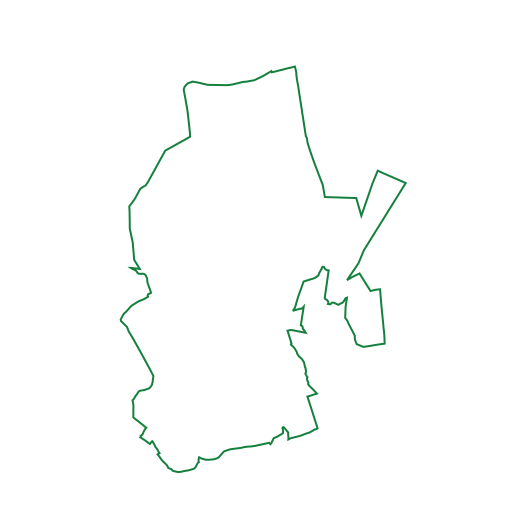 the district of Huixtán, Chiapas, Mexico, rotated 253°
{"feature_id": "50627088B13883895679368", "entity_name": "Huixtán", "entity_type": "district", "adm_level": 2, "iso_a3": "MEX", "parent_name": "Mexico", "parent_adm1": "Chiapas", "projection": "robinson", "projection_center": [-92.432, 16.683], "detail": "fine", "context": "isolated", "style": "outline", "palette": "green", "viewbox_px": 512, "rotation_deg": 253, "n_neighbors": 0, "source": "geoboundaries", "source_scale": "gbopen_adm2", "svg_char_len": 5979}
<svg xmlns="http://www.w3.org/2000/svg" viewBox="0 0 512 512"><g transform="rotate(253 256 256)"><path d="M233.0,107.9L232.3,108.4L225.8,111.9L221.2,112.2L211.5,114.6L197.5,117.6L178.4,121.5L171.2,122.8L166.6,120.6L165.6,120.4L165.4,120.2L164.6,119.5L163.4,118.9L163.1,118.6L162.8,118.3L162.2,117.6L161.4,116.5L160.9,115.5L160.7,114.6L160.6,113.8L160.5,109.7L160.9,107.0L160.9,106.8L160.9,106.3L161.0,105.2L161.0,104.8L160.6,104.1L159.6,102.8L159.1,102.4L158.7,101.9L158.4,101.3L157.9,100.9L157.7,100.3L157.2,99.7L156.6,99.2L156.4,98.7L155.7,98.2L154.2,96.1L154.1,95.7L149.8,95.3L137.5,91.5L123.8,100.9L122.8,99.2L120.7,97.1L118.5,95.3L118.3,94.4L117.9,94.0L117.6,93.0L116.3,92.8L116.2,92.5L112.4,95.8L107.8,99.1L107.3,99.6L108.5,101.2L109.1,102.3L109.2,102.7L107.9,103.0L106.4,103.4L104.8,103.8L103.1,103.9L100.8,104.8L99.2,105.3L98.2,105.4L97.6,105.5L95.7,106.1L95.1,103.9L93.3,104.6L90.4,105.6L89.7,105.8L89.0,106.1L88.2,106.3L87.7,106.6L86.3,107.2L85.7,107.7L85.1,107.9L84.6,108.2L84.1,108.5L83.0,109.1L82.4,109.3L81.8,109.7L81.5,109.7L80.8,109.9L79.1,110.1L76.6,112.9L75.0,113.5L73.3,116.2L72.1,118.6L71.5,121.4L71.3,125.2L70.8,128.1L70.7,131.5L70.7,134.2L71.1,135.5L72.7,137.5L73.5,138.2L74.0,138.6L74.8,139.6L75.4,140.2L75.6,141.1L76.5,141.1L78.2,141.6L80.2,142.7L80.1,142.9L78.3,144.6L75.9,148.3L75.0,151.0L73.9,156.2L74.0,160.1L74.5,161.7L78.4,168.1L78.5,168.8L78.7,174.8L76.8,186.1L76.8,187.7L76.7,189.0L76.2,191.8L75.9,193.2L75.5,194.7L75.2,196.1L75.0,197.6L74.7,199.2L73.5,214.0L71.8,214.7L72.3,215.6L72.7,216.2L73.1,216.5L73.5,216.7L73.8,217.1L74.0,217.3L74.5,217.7L74.9,218.1L75.5,218.7L75.7,218.8L76.6,219.7L77.1,224.1L78.0,227.1L78.0,228.1L78.3,228.9L78.7,229.9L79.0,230.0L79.7,230.3L79.9,230.5L80.2,230.6L80.8,230.7L81.0,230.8L82.6,231.0L82.9,230.9L83.7,231.0L84.1,231.2L84.3,231.6L84.4,231.9L84.2,232.2L83.8,232.7L77.8,235.2L77.6,235.0L72.4,233.8L71.1,233.3L71.6,236.0L71.2,243.4L71.1,247.4L71.3,248.6L71.5,251.6L71.5,255.3L71.9,257.0L72.3,259.1L73.0,261.1L72.8,262.2L72.8,262.4L73.2,264.5L106.5,264.1L106.6,274.0L111.4,271.7L112.4,271.3L113.5,270.5L115.2,269.6L116.5,268.9L118.4,268.3L119.3,269.0L120.3,268.9L120.5,268.9L120.8,268.7L122.0,268.8L122.7,268.7L123.5,268.8L124.2,269.1L125.0,269.8L125.7,269.5L127.8,269.1L128.6,268.9L129.0,268.8L129.4,269.0L129.7,269.3L131.0,270.2L133.4,270.4L134.1,270.6L134.3,270.5L134.8,270.6L135.4,270.4L140.2,270.8L143.8,269.9L147.3,267.8L150.5,266.8L151.8,267.0L156.3,266.0L159.3,264.6L159.4,264.4L160.1,263.9L161.2,263.5L161.8,264.4L163.0,264.1L163.9,264.4L175.3,264.3L175.2,266.8L174.8,268.4L168.1,281.0L168.4,280.9L168.7,280.9L169.0,280.7L169.3,280.8L169.7,280.7L170.2,280.6L170.5,280.4L170.9,280.3L171.2,280.1L171.7,280.1L172.2,279.7L172.5,279.6L173.1,279.6L173.3,279.5L173.6,279.6L174.1,279.8L174.6,279.8L175.0,279.8L175.6,279.6L176.6,278.6L193.6,286.8L193.0,285.8L192.6,285.3L192.4,284.1L192.4,283.6L192.7,282.7L192.8,277.0L192.8,276.7L192.7,276.3L192.8,275.9L193.5,275.9L193.9,276.8L195.5,278.4L201.9,282.5L205.1,284.7L217.7,294.1L217.7,306.0L218.1,306.5L218.4,307.6L218.7,308.7L218.8,309.3L219.5,310.2L220.2,310.8L221.1,311.3L221.5,311.7L221.9,312.2L222.1,312.5L222.8,313.2L223.4,313.6L223.6,313.8L223.8,314.1L223.9,314.3L224.1,314.7L224.5,315.1L224.9,315.1L225.2,315.3L225.5,315.6L226.1,316.4L226.2,316.6L225.7,317.6L225.4,318.0L224.8,318.1L224.4,318.0L224.0,318.0L223.5,318.3L223.2,318.5L222.7,318.9L222.2,319.3L221.9,319.4L221.7,319.7L221.0,321.3L196.1,309.6L195.9,309.5L195.6,309.4L195.3,309.4L194.7,309.6L193.5,310.7L192.9,311.2L191.1,311.7L189.9,311.5L189.1,310.8L188.7,311.5L188.1,312.8L188.4,313.8L188.9,314.6L189.1,315.2L189.0,315.7L188.7,316.5L188.4,317.0L186.6,318.9L185.3,320.4L185.4,321.1L185.4,321.6L185.8,322.7L185.9,323.5L185.8,323.8L186.3,325.7L186.4,326.0L186.6,326.2L187.0,326.7L188.0,327.7L188.7,328.5L189.3,329.0L189.5,330.8L181.4,326.9L177.7,325.6L170.8,323.2L167.5,324.4L165.1,324.6L162.8,325.0L150.8,327.2L147.8,326.2L145.7,326.2L142.3,326.5L137.7,332.1L136.5,339.9L136.1,343.7L135.3,348.8L134.7,352.5L134.6,353.4L138.0,354.3L139.2,354.7L139.9,354.8L140.6,355.0L143.0,355.6L146.8,356.4L150.7,357.1L152.9,357.6L173.3,361.7L187.9,364.9L188.7,360.7L189.0,355.3L209.0,349.9L207.7,341.6L206.3,336.0L219.0,351.8L230.0,360.9L282.0,420.5L298.2,401.6L302.0,397.4L291.9,389.1L291.3,388.6L263.6,368.5L282.1,368.8L286.9,354.7L287.8,352.2L291.7,340.6L292.3,339.1L304.3,340.6L327.6,339.0L337.8,338.6L344.4,338.4L348.8,338.4L353.9,339.1L354.4,339.1L354.9,339.0L355.1,338.9L355.5,338.9L356.0,338.7L407.0,346.1L412.4,346.7L418.2,347.7L419.5,348.2L425.8,348.6L426.3,339.1L427.0,324.9L428.3,324.8L425.9,314.5L424.6,305.8L425.2,300.7L425.4,298.7L425.5,297.9L425.7,297.1L426.2,294.7L426.3,293.8L426.4,292.3L426.5,290.2L426.9,283.9L427.2,281.6L427.6,279.3L428.4,276.5L429.1,274.4L431.7,266.3L432.4,264.3L432.8,263.0L432.8,262.7L433.8,260.0L434.4,258.8L436.3,255.5L437.9,252.9L440.2,248.6L441.3,246.2L441.2,245.6L441.3,245.6L441.0,241.2L439.6,238.5L438.4,237.0L436.3,235.5L426.5,234.4L414.7,232.9L401.2,230.4L391.7,228.5L389.3,227.8L383.3,200.0L383.1,199.8L358.3,174.3L355.8,171.2L355.0,167.6L354.0,164.9L347.0,157.8L345.2,155.7L340.4,149.3L335.5,148.1L325.8,145.3L319.1,143.3L305.2,142.1L287.9,138.4L277.6,141.1L281.2,133.0L281.3,132.7L280.4,133.4L279.7,134.2L279.2,134.7L278.6,135.4L278.0,136.0L277.7,136.4L277.2,136.8L276.6,137.1L274.5,137.8L274.2,138.0L273.9,138.1L273.6,138.4L273.3,138.8L273.1,139.4L273.0,139.6L272.9,140.1L272.5,140.6L272.4,141.1L272.4,141.8L272.3,142.1L272.2,142.6L272.0,143.0L271.8,143.3L271.5,143.7L271.2,144.0L270.5,144.5L270.2,144.7L269.8,144.9L269.1,144.9L268.7,145.0L268.2,145.0L267.6,145.1L267.1,145.3L266.3,145.4L264.6,144.9L263.3,144.6L262.4,144.5L261.3,144.5L259.8,144.6L259.1,144.5L256.1,144.8L252.8,144.9L251.9,144.8L251.5,144.8L251.2,144.5L251.2,143.4L251.0,141.7L250.6,141.2L249.9,140.9L248.6,140.9L247.4,135.5L247.0,130.4L244.9,122.7L244.2,121.2L242.6,118.7L240.5,115.2L239.5,112.8L238.7,111.9L234.8,108.0L233.0,107.9Z" fill="none" stroke="#15803d" stroke-width="2"/></g></svg>